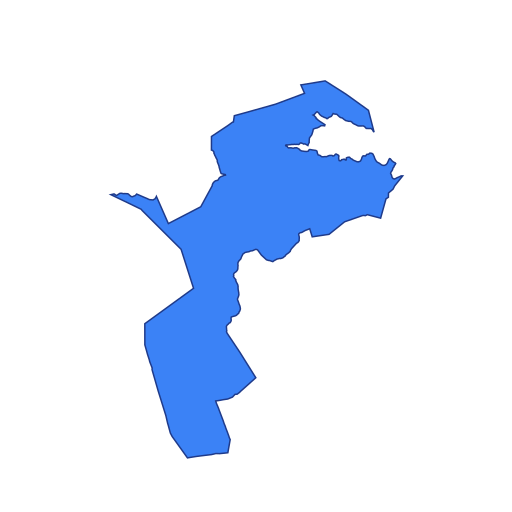 outline of San Andrés Teotilálpam, Oaxaca, Mexico, rotated 142°
{"feature_id": "50627088B65855706883459", "entity_name": "San Andrés Teotilálpam", "entity_type": "district", "adm_level": 2, "iso_a3": "MEX", "parent_name": "Mexico", "parent_adm1": "Oaxaca", "projection": "robinson", "projection_center": [-96.621, 17.951], "detail": "fine", "context": "isolated", "style": "filled", "palette": "blue", "viewbox_px": 512, "rotation_deg": 142, "n_neighbors": 0, "source": "geoboundaries", "source_scale": "gbopen_adm2", "svg_char_len": 6109}
<svg xmlns="http://www.w3.org/2000/svg" viewBox="0 0 512 512"><g transform="rotate(142 256 256)"><path d="M115.3,363.2L117.6,354.3L147.1,363.6L174.5,374.8L186.7,379.9L191.3,375.5L192.0,375.9L197.8,376.1L217.5,377.6L225.9,366.9L225.2,365.9L225.1,364.2L225.3,363.6L225.9,362.9L226.0,362.1L226.3,361.3L226.5,360.6L226.6,359.8L226.8,358.9L227.2,357.2L227.3,356.1L227.8,354.9L228.3,354.4L228.7,353.4L229.1,351.9L229.8,349.7L230.5,348.4L231.2,346.6L231.7,345.4L232.6,343.0L232.6,342.3L232.0,341.4L230.8,340.0L230.0,339.0L230.3,338.5L231.3,339.1L232.8,339.5L233.4,339.6L234.6,340.1L236.6,340.2L237.8,339.8L238.6,339.4L239.4,339.3L240.0,339.4L240.7,339.8L241.4,340.1L242.8,340.3L244.6,340.0L245.6,339.6L246.6,339.0L247.3,338.3L269.2,328.8L305.1,335.5L297.8,364.3L298.5,363.9L299.4,363.6L300.6,363.2L301.8,363.5L302.5,363.5L303.1,364.0L304.7,365.5L305.5,366.4L306.2,367.9L308.1,371.3L311.9,378.3L313.4,378.0L314.3,378.0L315.9,378.6L316.6,378.6L317.3,379.2L317.8,379.9L318.2,381.7L318.4,383.2L318.7,384.0L321.1,386.1L321.7,386.4L322.4,387.1L323.3,388.2L324.2,388.9L324.8,389.2L328.2,389.5L328.8,389.9L329.2,390.9L329.4,391.9L329.8,392.4L332.6,393.7L317.7,363.5L317.7,361.9L310.9,307.4L325.1,269.0L385.3,271.1L398.3,254.4L398.4,254.1L400.9,248.0L402.0,245.4L404.0,239.9L404.8,238.2L406.8,231.6L407.7,230.7L408.1,229.9L416.2,209.8L425.3,185.7L428.9,178.0L428.9,177.8L432.5,169.2L433.2,165.4L434.3,139.1L431.5,137.6L426.8,135.0L421.4,131.8L413.3,126.9L410.9,125.8L409.3,125.1L406.4,122.7L402.1,120.0L401.3,119.5L399.3,118.3L389.4,127.2L389.3,127.6L388.9,129.2L388.3,130.8L387.0,134.8L385.7,139.1L385.7,139.3L385.5,139.6L385.1,140.6L384.3,143.6L383.3,146.3L379.9,157.3L379.2,159.4L378.0,163.9L377.4,165.6L377.0,166.6L373.9,164.8L370.2,162.9L366.3,160.7L361.4,159.3L357.7,159.9L355.9,158.7L354.0,158.7L352.8,158.6L352.3,158.8L331.1,160.2L328.0,190.1L326.3,212.9L325.9,214.5L325.0,215.1L324.7,215.8L324.0,216.8L323.0,218.3L322.6,218.8L322.0,219.1L321.0,219.4L319.8,219.4L318.5,219.7L317.6,219.4L316.8,219.6L315.7,220.1L314.9,220.8L314.4,221.8L313.7,222.6L313.1,223.1L312.0,222.8L309.4,221.7L308.9,221.5L307.7,221.3L306.2,221.6L305.2,221.4L303.4,222.5L302.7,222.6L302.0,223.1L301.0,223.8L300.6,224.3L300.2,225.1L299.5,226.4L298.9,228.6L298.2,230.5L297.8,231.7L297.6,232.7L297.0,233.6L294.5,235.1L293.3,236.0L293.0,236.6L292.3,237.5L291.8,238.5L291.4,239.2L290.9,240.2L289.8,241.9L288.8,243.1L288.5,243.7L288.1,244.5L287.8,245.9L287.6,247.2L287.1,249.2L286.6,249.5L286.5,250.3L286.6,251.7L286.4,253.7L285.6,254.2L285.2,255.1L284.3,255.8L283.1,256.0L282.3,255.9L281.0,255.9L280.2,256.1L279.0,256.5L278.2,257.1L276.8,258.8L276.1,259.4L275.5,260.5L274.4,261.8L273.4,262.3L272.3,262.7L270.0,263.0L268.9,263.6L268.0,264.2L267.0,264.7L266.4,264.9L265.3,265.6L264.1,265.5L262.8,265.6L261.1,264.9L260.0,264.3L258.9,263.7L257.1,263.3L256.2,262.7L255.5,262.3L253.0,261.7L252.1,261.4L251.3,260.5L251.0,259.8L251.2,253.4L250.1,246.6L249.7,246.0L248.8,244.7L248.1,244.1L246.9,242.2L246.2,241.2L244.7,241.2L241.2,240.6L238.7,239.4L238.3,238.9L236.8,238.3L235.6,238.0L234.6,238.1L233.1,238.0L232.3,238.4L230.5,238.5L228.3,238.4L227.4,238.5L226.2,238.6L225.2,239.3L223.5,239.9L216.3,241.1L214.8,240.9L213.7,241.1L212.4,241.6L211.9,242.4L211.4,242.9L210.7,243.7L210.2,244.4L209.2,246.6L208.5,247.2L207.4,247.2L206.8,247.1L205.5,246.4L201.5,245.8L197.9,244.7L196.9,244.4L199.9,236.5L185.1,228.1L165.1,228.4L147.2,222.3L146.2,221.7L144.9,220.4L142.9,220.1L134.5,209.1L118.4,221.0L115.5,220.8L112.8,224.1L106.9,224.3L103.5,225.9L91.1,228.8L92.3,229.8L94.0,230.1L95.8,230.6L96.9,230.9L98.0,231.0L99.6,231.5L100.3,232.6L100.4,234.0L99.4,236.5L99.1,238.2L98.2,238.9L96.6,239.4L95.2,240.0L94.1,240.9L92.2,241.4L91.6,242.0L90.6,242.2L89.0,242.8L89.0,243.9L89.7,245.1L90.2,246.9L90.3,248.1L90.3,249.8L90.8,250.5L91.6,250.3L93.4,249.3L95.6,248.2L97.2,247.9L98.9,248.3L100.2,249.3L101.0,250.6L101.6,252.9L102.1,254.1L102.7,255.3L102.8,257.3L102.3,260.0L101.8,261.2L101.1,264.3L101.5,265.6L102.9,267.0L104.6,266.9L106.1,267.9L108.0,267.4L108.8,268.0L109.9,269.0L111.6,268.6L113.4,267.3L115.3,266.5L117.3,267.1L118.4,268.1L119.4,270.0L120.3,271.6L120.6,273.1L121.3,274.4L121.5,276.3L122.6,277.1L123.3,277.4L124.3,277.7L125.0,277.2L125.4,276.4L126.1,276.2L126.8,277.5L126.9,278.1L128.0,278.5L129.2,279.2L130.2,278.9L131.0,279.1L131.7,280.0L131.4,280.8L130.7,282.1L129.8,283.2L129.1,283.7L129.0,284.7L130.1,287.1L130.8,287.3L132.6,286.9L133.8,287.4L134.2,288.5L135.2,289.3L136.4,290.1L138.1,290.6L139.2,290.8L140.6,292.0L142.0,292.8L143.1,293.8L143.7,296.0L144.8,297.4L144.4,299.0L143.4,301.1L143.8,302.3L146.2,304.8L148.0,306.8L148.7,307.0L149.5,306.8L149.9,306.5L150.4,306.5L151.8,307.2L153.7,308.9L154.2,309.5L154.8,310.1L155.2,310.5L155.7,311.2L155.9,312.0L156.2,312.6L156.1,313.4L156.8,315.2L157.3,316.3L158.0,316.7L159.0,317.5L160.4,318.0L161.4,319.3L162.3,320.1L163.9,321.2L164.1,321.9L164.0,323.0L164.1,323.5L164.6,324.1L164.7,324.7L164.4,325.0L163.8,325.0L163.0,324.2L160.8,322.9L160.0,322.3L159.1,321.9L158.1,321.0L157.1,320.5L156.3,319.7L154.6,318.5L153.9,317.7L152.8,317.5L151.6,317.8L150.9,317.4L150.4,316.5L150.0,316.0L149.5,314.8L148.9,314.6L148.2,313.9L147.1,311.1L145.5,312.2L144.3,312.6L143.2,314.0L141.2,316.1L137.4,317.2L134.6,319.1L132.7,320.7L130.6,320.1L129.0,319.3L126.8,318.8L124.7,318.7L123.1,317.6L121.8,316.3L120.8,317.0L123.0,323.4L123.1,324.0L123.5,325.3L123.5,326.0L123.6,326.5L124.0,327.0L124.0,327.4L123.5,328.0L123.5,328.8L123.7,329.4L123.7,330.6L124.2,331.9L123.1,331.6L119.6,332.2L118.9,331.8L118.5,329.7L118.7,328.6L118.5,327.2L118.1,325.7L117.5,324.6L116.9,323.2L116.0,322.0L115.6,320.6L114.9,320.2L113.9,320.4L112.9,320.3L111.3,319.8L110.6,319.7L109.0,320.2L107.5,320.8L107.0,319.9L106.1,318.9L105.1,318.0L104.5,314.1L104.0,312.8L103.2,311.9L102.9,311.2L102.6,309.6L101.9,307.4L101.2,306.6L100.0,305.0L99.2,304.4L98.3,303.5L98.0,302.4L98.0,301.7L97.9,301.0L97.4,299.6L96.6,298.2L95.7,296.1L95.0,295.2L93.7,294.2L91.3,292.4L90.8,291.1L90.6,288.6L89.7,287.9L88.9,287.2L86.8,285.6L86.5,283.6L86.8,282.3L86.7,280.9L77.7,301.6L85.5,328.3L93.7,351.4L115.3,363.2Z" fill="#3b82f6" stroke="#1e3a8a" stroke-width="1.5"/></g></svg>